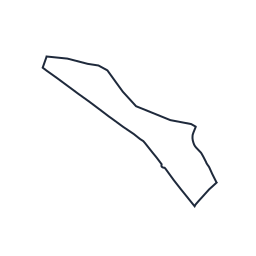 outline of Qasr Al-Nile, Al Qahirah, Egypt, rotated 113°
{"feature_id": "37247803B52731964573716", "entity_name": "Qasr Al-Nile", "entity_type": "district", "adm_level": 2, "iso_a3": "EGY", "parent_name": "Egypt", "parent_adm1": "Al Qahirah", "projection": "natural_earth1", "projection_center": [31.236, 30.043], "detail": "fine", "context": "isolated", "style": "outline", "palette": "slate", "viewbox_px": 256, "rotation_deg": 113, "n_neighbors": 0, "source": "geoboundaries", "source_scale": "gbopen_adm2", "svg_char_len": 1062}
<svg xmlns="http://www.w3.org/2000/svg" viewBox="0 0 256 256"><g transform="rotate(113 128 128)"><path d="M174.0,36.1L172.0,35.9L166.8,34.2L152.7,29.3L143.6,25.1L143.4,25.5L142.9,26.0L137.3,32.6L132.5,37.8L131.9,38.6L131.4,39.4L131.2,39.8L130.6,40.7L130.2,41.3L129.8,41.9L128.8,42.9L125.2,47.2L122.8,50.3L122.2,51.2L121.6,52.6L120.3,55.6L119.2,58.1L118.8,58.7L118.5,59.3L117.4,60.7L116.0,62.0L115.8,62.2L115.5,62.4L114.0,63.6L112.1,64.7L110.3,65.4L109.7,65.6L109.0,65.8L106.6,66.0L100.8,66.1L100.6,66.1L100.3,66.2L99.7,71.4L104.2,92.1L104.5,111.5L104.8,129.1L96.6,147.0L90.4,157.3L83.0,169.5L82.0,179.6L84.7,190.2L87.8,210.9L94.0,230.9L94.5,230.8L105.8,230.1L107.1,225.0L109.8,212.7L116.0,186.9L119.0,173.5L123.3,156.2L124.8,150.4L125.6,146.7L128.9,132.7L131.3,120.3L133.4,112.8L134.1,108.8L134.4,108.1L134.7,107.6L135.1,106.7L141.0,95.9L144.1,90.0L148.2,82.9L148.5,82.9L148.8,82.8L150.0,82.3L150.3,82.0L150.5,81.7L150.7,80.5L150.6,79.6L150.3,78.8L150.9,77.5L158.0,65.7L163.7,55.4L171.5,40.8L174.0,36.1Z" fill="none" stroke="#1e293b" stroke-width="2"/></g></svg>